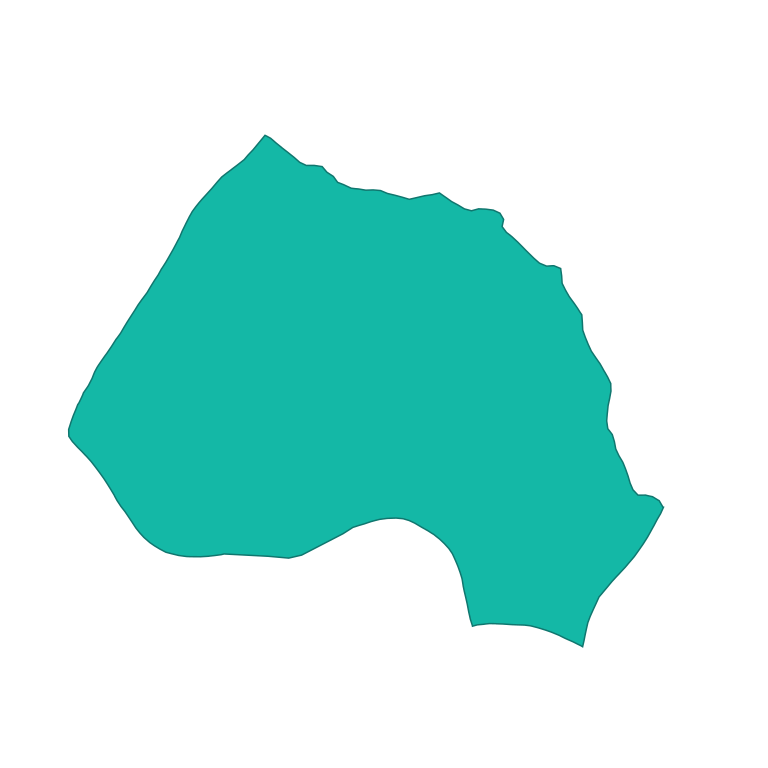 Hajar, Hadramawt, Yemen (Mercator projection), rotated 192°
{"feature_id": "15242507B42870689355247", "entity_name": "Hajar", "entity_type": "district", "adm_level": 2, "iso_a3": "YEM", "parent_name": "Yemen", "parent_adm1": "Hadramawt", "projection": "mercator", "projection_center": [48.314, 14.515], "detail": "fine", "context": "isolated", "style": "filled", "palette": "teal", "viewbox_px": 768, "rotation_deg": 192, "n_neighbors": 0, "source": "geoboundaries", "source_scale": "gbopen_adm2", "svg_char_len": 4585}
<svg xmlns="http://www.w3.org/2000/svg" viewBox="0 0 768 768"><g transform="rotate(192 384 384)"><path d="M247.1,165.5L245.2,166.5L242.7,167.8L236.6,169.7L235.0,170.3L231.0,171.6L224.8,172.8L224.4,172.8L217.6,174.0L210.5,175.0L209.1,175.2L203.2,176.2L196.5,177.4L190.9,177.9L190.0,177.9L189.3,177.9L182.7,177.6L175.0,176.9L168.8,176.1L161.0,174.7L154.0,172.9L151.7,172.4L145.4,171.1L140.5,169.8L137.2,169.0L135.1,168.3L135.0,174.6L135.1,180.7L135.1,183.3L135.1,186.7L135.0,193.0L134.0,199.5L133.5,201.9L132.4,207.0L130.8,214.0L130.7,214.5L129.4,220.4L126.5,225.8L123.2,232.0L119.9,238.3L116.6,243.9L114.6,247.1L113.5,249.0L110.0,254.8L107.1,260.2L103.4,267.0L102.2,269.7L100.0,274.8L97.8,280.0L97.1,281.7L94.4,289.0L92.6,294.8L91.0,300.1L90.6,301.3L90.1,303.1L88.6,308.4L86.5,314.7L85.0,321.6L85.6,321.6L90.6,327.1L92.3,327.6L97.9,329.6L102.0,329.6L105.1,329.7L108.6,328.9L112.4,328.1L114.9,329.8L118.5,332.3L122.7,338.3L125.5,343.5L126.2,344.8L130.0,351.0L132.8,355.2L134.2,357.2L139.3,362.7L143.8,368.6L146.2,374.4L146.7,375.6L148.6,379.1L150.2,382.0L151.9,383.5L155.8,386.8L156.6,389.0L158.5,394.2L159.4,401.0L159.5,402.0L159.6,403.1L160.3,409.3L160.3,416.8L160.5,423.5L160.5,424.2L161.4,427.7L162.3,431.6L164.0,433.8L166.7,437.3L170.2,441.2L171.8,442.9L173.6,445.0L176.8,448.6L179.3,450.9L182.5,453.9L188.1,459.3L190.7,462.8L192.5,465.2L196.8,471.5L200.8,478.0L202.7,485.2L204.9,492.8L207.5,495.3L210.0,497.9L212.5,500.3L215.5,503.1L216.3,503.8L217.0,504.4L221.1,508.1L224.6,512.0L226.1,513.7L230.7,519.5L232.7,526.7L235.0,533.1L235.2,533.7L242.4,535.0L243.8,534.7L249.4,533.1L256.4,534.4L257.0,534.5L258.8,535.5L263.6,538.2L270.2,542.4L273.0,544.2L276.3,546.4L280.1,548.9L282.7,550.6L287.2,553.3L289.2,554.5L290.9,555.4L295.7,557.7L298.9,560.5L301.2,562.5L301.2,569.8L301.6,570.3L306.1,575.2L313.3,576.8L320.7,576.2L326.1,575.3L327.9,575.0L334.5,571.6L337.7,571.8L341.7,572.0L347.2,573.9L348.9,574.5L350.3,574.9L355.8,576.5L360.8,578.7L362.7,579.5L364.4,580.2L369.5,582.4L376.3,579.2L383.4,576.6L390.8,573.1L397.7,569.9L405.0,570.5L412.4,570.9L420.3,571.1L427.6,572.5L434.9,571.6L436.9,571.1L442.1,569.8L449.3,569.5L453.4,569.0L456.8,568.7L462.5,570.0L464.1,570.4L465.0,570.6L471.3,571.6L476.7,576.5L483.9,579.3L489.7,583.8L497.6,583.3L504.6,581.8L505.4,581.6L507.4,582.1L512.6,583.3L513.6,583.9L518.9,586.9L526.1,590.5L532.9,593.8L533.2,594.0L539.5,597.2L546.0,600.8L550.1,602.0L552.1,602.5L560.8,585.8L564.5,579.8L567.4,574.4L570.3,570.9L571.8,569.1L573.3,567.3L576.6,563.5L580.2,559.3L581.2,558.2L585.8,552.7L588.6,547.8L589.1,546.9L593.1,539.4L596.6,533.4L600.4,526.9L602.6,522.9L604.1,519.9L605.0,518.1L607.4,512.8L608.6,508.9L609.1,507.4L609.7,505.1L611.1,499.9L611.5,498.2L613.2,491.5L614.1,486.7L614.4,485.0L615.7,480.7L616.4,478.1L618.3,471.5L620.5,464.6L621.7,460.8L622.8,457.5L624.9,451.9L625.7,450.0L625.8,449.6L627.5,443.9L629.3,439.4L630.0,437.7L632.5,430.8L634.7,424.2L637.6,417.9L638.5,416.0L641.0,410.2L643.2,404.0L643.6,403.0L645.7,397.5L647.9,391.7L650.0,385.7L652.2,379.0L654.5,373.8L655.4,372.0L656.7,368.5L658.3,364.2L661.6,356.1L662.6,354.0L665.2,347.9L667.0,343.5L667.1,343.3L668.1,340.6L669.5,335.7L670.0,333.0L670.7,328.7L672.8,321.0L674.1,317.7L674.3,317.3L676.2,312.7L676.4,310.9L676.6,310.0L677.5,306.0L678.3,302.8L678.4,302.3L679.3,300.1L679.7,297.5L680.1,295.1L680.3,293.9L680.4,293.6L680.6,292.4L681.3,288.7L682.0,283.6L682.2,282.2L682.5,278.9L683.0,274.0L682.0,269.8L681.5,267.8L681.4,267.3L678.2,264.2L676.8,262.9L671.2,258.9L670.2,258.2L665.7,255.3L661.1,252.1L659.8,251.3L659.7,251.2L654.5,247.4L648.9,242.7L644.1,238.5L638.4,233.3L635.0,229.9L633.7,228.6L628.9,223.6L624.8,219.2L623.9,218.0L620.8,214.4L615.8,209.5L613.9,207.9L610.9,205.4L605.8,200.5L600.9,195.7L596.7,191.5L591.8,187.5L586.9,184.0L585.5,183.2L580.1,180.2L574.6,177.9L573.1,177.4L568.8,175.9L568.4,175.8L562.4,174.1L556.2,173.8L555.9,173.8L549.1,173.6L541.3,174.2L538.3,174.7L534.8,175.4L532.4,175.9L527.9,176.8L519.9,179.0L518.6,179.5L513.7,181.1L507.8,183.2L505.1,184.5L461.6,191.4L441.0,193.9L429.0,199.5L392.9,229.1L384.6,237.3L383.0,238.2L379.2,240.4L373.8,243.3L372.5,244.1L368.1,246.7L364.2,248.7L360.1,250.7L356.4,252.0L353.0,253.2L344.3,255.4L337.2,256.2L331.0,255.7L325.0,254.3L317.3,251.7L310.3,249.5L306.6,248.1L303.8,247.1L301.1,245.7L297.4,243.9L291.7,240.4L286.4,236.6L281.9,232.3L279.7,229.4L277.3,226.1L275.4,223.4L273.7,220.9L270.3,215.4L267.2,209.8L266.1,207.0L264.9,203.9L264.6,203.0L262.4,198.0L260.5,194.0L259.7,192.3L256.8,186.0L253.7,178.6L252.0,174.9L250.6,171.8L247.4,166.2L247.1,165.5Z" fill="#14b8a6" stroke="#0f766e" stroke-width="1.5"/></g></svg>